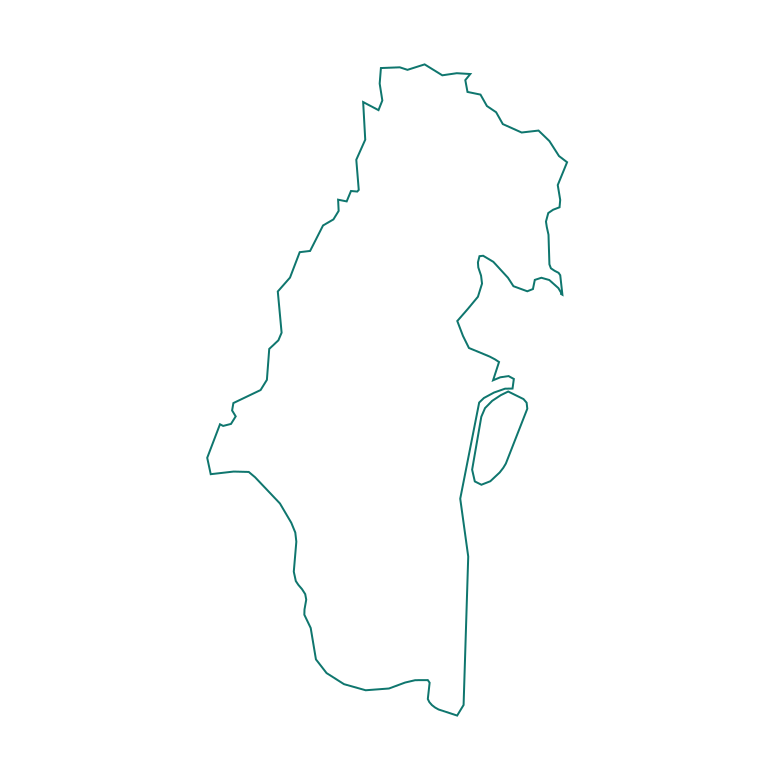 SVG path tracing the border of Kent, rotated 96°
{"feature_id": "GBR-3409", "entity_name": "Kent", "entity_type": "Administrative County", "adm_level": 1, "iso_a3": "GBR", "parent_name": "United Kingdom", "parent_adm1": "", "projection": "equal_earth", "projection_center": [0.675, 51.199], "detail": "fine", "context": "isolated", "style": "outline", "palette": "teal", "viewbox_px": 768, "rotation_deg": 96, "n_neighbors": 0, "source": "natural_earth", "source_scale": "10m", "svg_char_len": 1942}
<svg xmlns="http://www.w3.org/2000/svg" viewBox="0 0 768 768"><g transform="rotate(96 384 384)"><path d="M218.4,236.0L247.7,232.0L251.5,230.1L253.6,226.1L255.2,222.0L257.4,220.1L276.6,215.9L276.0,217.3L274.6,217.5L270.4,220.6L263.3,230.5L261.9,238.6L264.7,244.9L274.0,245.8L276.8,251.2L273.2,265.5L265.4,271.8L251.1,288.0L246.1,298.8L246.9,302.4L253.2,303.3L258.2,302.4L266.1,298.8L273.9,297.0L287.4,299.7L300.9,308.7L313.7,317.7L327.9,310.5L339.3,303.3L345.7,281.7L347.9,276.2L350.1,271.9L368.9,275.9L365.2,269.1L363.1,261.0L365.4,255.4L375.1,255.7L376.0,263.1L381.0,273.7L387.5,283.2L392.5,287.4L490.1,296.2L546.8,282.2L694.9,271.3L706.1,276.6L702.0,295.7L700.4,299.4L698.3,302.8L695.7,305.6L692.7,307.5L676.3,307.4L673.9,309.5L675.3,322.0L678.7,331.8L686.3,347.2L690.5,370.2L686.7,392.4L677.5,410.9L665.0,422.9L634.3,431.4L621.8,439.1L616.6,439.5L606.6,438.8L601.2,440.4L596.6,444.1L592.7,448.2L589.2,451.1L580.1,454.1L550.0,454.7L541.0,456.7L531.7,461.7L513.7,475.0L490.2,502.5L485.6,509.3L486.8,524.4L491.8,546.9L475.9,552.1L441.2,542.9L442.5,539.6L439.7,532.0L431.7,528.1L426.2,532.3L418.7,531.8L402.9,506.1L392.1,500.9L361.1,501.8L351.6,493.6L343.7,491.2L303.1,499.3L288.0,488.6L261.7,481.6L259.4,471.4L232.7,461.2L225.6,451.5L216.6,447.2L205.5,448.9L206.3,440.2L195.5,437.0L195.4,430.7L193.6,429.4L163.9,435.0L143.0,428.2L105.8,434.2L112.2,418.1L102.2,415.3L85.7,419.7L70.1,420.1L67.4,401.4L69.1,393.5L61.9,377.0L70.9,358.3L67.3,344.1L66.7,330.6L73.3,334.9L84.8,331.5L86.1,318.3L96.8,310.7L102.0,300.9L113.1,293.0L119.5,273.4L118.2,267.6L115.8,256.8L125.1,244.9L139.0,233.8L144.3,225.1L168.0,232.0L182.5,228.0L189.9,227.9L193.0,234.0L196.8,238.5L205.5,239.9L210.9,238.5L218.4,236.0ZM459.9,259.7L469.6,268.1L474.0,276.6L471.4,283.5L460.0,287.4L406.4,283.8L397.4,281.0L389.4,274.6L382.9,266.7L378.5,259.7L384.4,243.7L387.7,240.2L393.6,238.9L450.4,254.5L454.9,256.6L459.9,259.7Z" fill="none" stroke="#0f766e" stroke-width="2"/></g></svg>